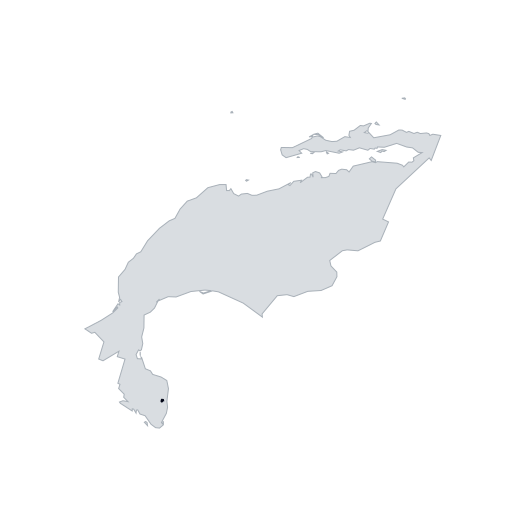 Dzoncauich, Yucatán, Mexico (highlighted), rotated 106°
{"feature_id": "50627088B45441994431912", "entity_name": "Dzoncauich", "entity_type": "district", "adm_level": 2, "iso_a3": "MEX", "parent_name": "Mexico", "parent_adm1": "Yucatán", "projection": "orthographic", "projection_center": [-88.865, 21.095], "detail": "fine", "context": "in_parent", "style": "filled", "palette": "ink", "viewbox_px": 512, "rotation_deg": 106, "n_neighbors": 0, "source": "geoboundaries", "source_scale": "gbopen_adm2", "svg_char_len": 4397}
<svg xmlns="http://www.w3.org/2000/svg" viewBox="0 0 512 512"><g transform="rotate(106 256 256)"><path d="M89.2,111.6L115.9,113.9L114.0,116.6L152.9,140.0L185.6,144.4L186.7,138.0L207.3,140.6L210.1,145.5L222.9,159.4L225.0,170.1L227.1,174.4L240.0,183.9L244.9,181.2L249.2,173.9L253.6,172.5L263.6,174.7L271.2,183.9L275.7,196.5L284.6,208.4L284.6,215.5L288.3,224.6L310.0,234.2L313.0,233.0L304.8,255.3L300.8,282.3L301.5,288.2L307.1,296.4L305.6,300.6L306.1,296.3L301.6,289.4L302.8,295.6L308.1,308.8L317.4,321.5L319.3,329.2L325.9,337.3L324.0,337.0L327.9,339.1L326.7,337.9L334.0,339.2L339.1,342.1L343.6,347.3L356.1,343.9L365.3,343.6L371.4,340.7L377.8,340.3L379.1,341.4L378.6,343.0L383.8,344.1L387.4,341.7L386.5,337.7L384.8,338.7L385.2,337.9L394.9,331.3L395.5,325.8L398.3,322.7L398.5,313.9L400.3,307.4L407.6,303.6L420.3,301.6L425.8,299.3L432.0,298.8L442.2,301.0L443.1,299.6L440.4,299.5L443.8,298.5L448.0,301.3L448.7,305.2L446.7,310.5L440.1,318.6L439.9,324.0L436.5,327.3L437.1,328.5L440.1,328.0L436.9,331.4L437.0,332.8L439.1,332.3L435.0,345.8L434.0,347.0L431.8,344.0L431.3,338.9L428.3,344.2L425.2,344.6L421.3,351.5L416.8,351.4L416.4,353.7L391.2,353.5L391.0,361.6L385.3,361.5L398.9,374.2L398.4,378.8L380.5,378.5L373.8,389.9L375.6,392.8L373.2,400.4L360.5,387.1L350.2,378.0L344.0,374.5L343.2,375.3L349.1,378.5L340.0,375.5L340.7,373.5L338.2,374.2L336.8,372.3L335.0,374.3L338.1,375.4L333.4,375.7L328.8,378.4L314.1,382.4L305.0,378.2L297.2,377.0L292.0,373.2L286.9,371.5L283.7,367.9L271.2,364.4L255.9,356.4L246.1,349.1L242.2,344.3L231.8,341.9L222.2,337.2L216.5,329.3L203.6,321.1L197.4,310.7L195.6,304.5L201.2,302.3L200.5,299.7L198.2,298.7L202.2,294.6L203.2,289.3L200.5,287.1L198.2,281.5L198.8,276.6L197.4,272.1L190.6,263.0L185.1,252.4L175.8,242.7L178.5,244.6L179.0,242.8L173.8,240.3L170.6,233.1L173.4,233.7L166.1,228.2L165.3,225.8L162.2,226.2L161.9,225.2L164.5,222.8L160.4,224.4L158.4,222.1L158.6,217.7L161.9,214.2L162.8,215.1L161.5,210.8L159.4,207.9L156.1,207.6L154.7,201.9L150.9,200.2L148.9,197.5L148.1,192.6L149.6,189.7L142.8,187.3L133.4,170.5L133.4,166.9L131.9,165.5L127.9,145.9L128.4,140.2L129.6,138.5L123.6,135.1L122.8,131.9L120.9,130.5L118.3,131.8L110.8,124.8L111.6,128.7L108.9,135.3L109.7,141.2L109.0,151.9L116.1,162.6L117.7,169.3L119.1,169.3L119.4,171.3L120.7,171.7L121.2,176.0L123.5,177.6L123.5,186.4L127.4,191.4L128.2,196.4L130.1,198.3L130.7,204.3L132.4,205.9L132.1,201.5L134.3,204.4L135.4,218.0L137.9,222.2L140.6,232.2L139.4,236.1L139.7,239.8L142.8,243.7L144.6,240.4L153.2,254.2L151.6,258.7L147.1,261.6L144.7,261.6L141.8,250.8L127.7,234.9L126.3,234.8L123.7,230.1L123.5,227.1L125.5,220.9L125.1,214.6L123.4,209.9L116.8,203.5L116.1,198.0L114.3,200.0L110.3,200.4L108.1,196.4L101.8,191.7L101.3,188.5L97.0,183.2L96.8,181.6L102.0,183.4L105.4,182.7L105.1,184.1L107.5,185.9L107.2,182.3L106.0,181.9L109.9,175.4L102.5,160.5L95.5,153.4L94.7,150.2L95.7,145.4L94.1,143.5L94.7,137.9L92.6,135.1L93.0,131.8L90.7,126.0L90.7,123.6L92.2,122.1L90.2,119.6L89.2,111.6ZM132.9,170.6L131.4,173.8L128.9,172.3L130.9,167.4L132.6,167.2L132.9,170.6ZM122.0,168.2L118.9,164.0L118.6,160.1L120.3,161.6L120.4,163.8L122.2,164.6L122.0,168.2ZM446.6,317.5L445.5,316.4L446.1,314.8L449.0,313.5L446.6,317.5ZM123.2,234.3L120.9,230.4L123.7,223.6L122.2,229.8L123.2,234.3ZM95.9,178.2L94.0,177.3L96.1,173.8L96.5,176.8L95.9,178.2ZM64.2,159.3L63.0,156.6L63.7,155.6L64.3,155.8L64.2,159.3ZM125.6,234.8L126.9,237.8L123.7,234.6L125.6,234.8ZM186.7,285.7L186.2,286.8L185.3,286.3L185.1,284.2L186.7,285.7ZM142.1,229.9L142.4,232.1L140.9,229.1L142.1,229.9ZM137.3,214.6L138.2,215.7L136.3,217.4L137.3,214.6ZM125.4,319.6L124.6,319.8L123.6,318.8L124.7,317.7L125.4,319.6ZM382.2,340.4L380.0,340.9L383.8,339.7L382.2,340.4ZM150.0,243.5L149.0,243.1L149.2,241.1L150.0,243.5Z" fill="#d9dde1" stroke="#a8b0b8" stroke-width="1"/><path d="M422.1,306.5L421.9,306.5L421.9,306.3L421.9,306.2L421.7,306.1L421.3,306.1L421.2,306.1L421.2,305.9L420.9,305.9L420.8,305.7L420.7,305.7L420.6,305.4L420.5,305.5L420.4,305.5L420.5,305.5L420.4,305.5L420.2,305.5L420.1,305.4L420.0,305.5L419.9,305.7L419.7,305.7L419.7,305.8L419.8,305.9L419.8,306.0L420.0,306.1L420.1,306.3L420.1,306.5L420.3,306.5L420.5,306.5L420.6,306.8L420.4,306.8L420.3,306.7L420.2,306.7L419.9,306.7L419.9,306.8L419.9,307.0L420.0,307.1L420.3,307.1L420.5,307.1L420.8,307.1L421.1,307.1L421.3,307.1L421.3,306.9L421.5,306.9L421.8,306.8L422.0,306.8L422.1,306.7L422.1,306.5Z" fill="#0f172a" stroke="#020617" stroke-width="1.5"/></g></svg>